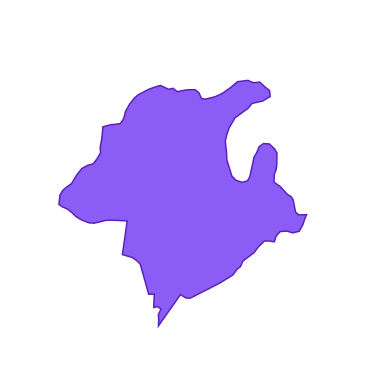 Salto Grande, São Paulo, Brazil, rotated 215°
{"feature_id": "56859067B35087059302473", "entity_name": "Salto Grande", "entity_type": "district", "adm_level": 2, "iso_a3": "BRA", "parent_name": "Brazil", "parent_adm1": "São Paulo", "projection": "natural_earth1", "projection_center": [-49.963, -22.873], "detail": "fine", "context": "isolated", "style": "filled", "palette": "violet", "viewbox_px": 384, "rotation_deg": 215, "n_neighbors": 0, "source": "geoboundaries", "source_scale": "gbopen_adm2", "svg_char_len": 1650}
<svg xmlns="http://www.w3.org/2000/svg" viewBox="0 0 384 384"><g transform="rotate(215 192 192)"><path d="M85.1,239.1L91.5,234.5L95.6,234.9L104.6,243.6L108.3,245.0L112.6,244.8L122.8,247.1L130.4,247.1L134.7,253.6L135.7,258.0L138.0,262.7L144.8,272.7L149.1,274.7L156.3,275.7L161.2,272.7L163.0,267.6L161.6,261.5L161.2,256.3L155.9,243.6L153.4,237.5L153.0,232.9L156.5,228.7L162.8,226.8L168.4,227.9L181.9,238.3L186.6,244.5L193.8,252.6L196.3,258.7L198.4,266.2L199.3,277.4L194.0,293.0L193.6,299.0L186.3,307.0L182.7,315.1L186.6,319.5L192.3,319.9L199.5,320.9L204.4,316.7L210.2,315.5L218.0,308.5L220.2,300.0L223.4,291.1L225.3,287.1L228.3,282.6L234.2,275.9L237.7,274.0L243.4,277.3L248.2,277.6L254.9,272.7L261.7,265.7L267.0,266.1L270.1,262.7L279.0,261.2L283.1,256.0L286.5,251.1L291.7,241.0L293.1,236.1L293.5,228.2L292.7,219.9L290.0,212.9L290.0,207.0L293.9,203.2L297.0,200.7L302.4,194.3L299.6,189.5L296.4,183.7L292.9,176.0L289.4,171.7L288.8,165.1L289.2,158.3L292.9,153.9L295.7,148.1L296.2,139.9L295.5,129.8L297.6,124.0L298.8,119.1L298.4,113.6L293.9,105.5L289.5,105.5L284.4,106.6L278.7,106.2L272.8,105.3L266.8,105.7L258.8,107.6L254.2,110.4L250.8,114.2L246.3,119.4L242.6,122.2L238.3,125.0L228.5,131.1L213.1,100.8L203.4,104.1L198.0,104.1L193.0,103.2L168.8,83.4L164.3,86.7L160.6,80.8L157.1,75.5L154.2,78.5L150.3,78.3L149.1,72.0L145.8,68.0L142.7,63.1L142.6,101.3L136.2,101.7L132.5,104.1L116.9,133.5L110.9,147.6L110.8,154.3L109.5,158.6L110.7,164.7L108.5,171.4L106.3,178.1L106.2,184.6L104.6,193.3L101.2,195.8L96.0,198.4L97.8,204.5L97.0,210.3L91.6,214.5L86.0,216.3L81.6,221.4L82.4,228.7L84.1,234.3L85.1,239.1Z" fill="#8b5cf6" stroke="#5b21b6" stroke-width="1.5"/></g></svg>